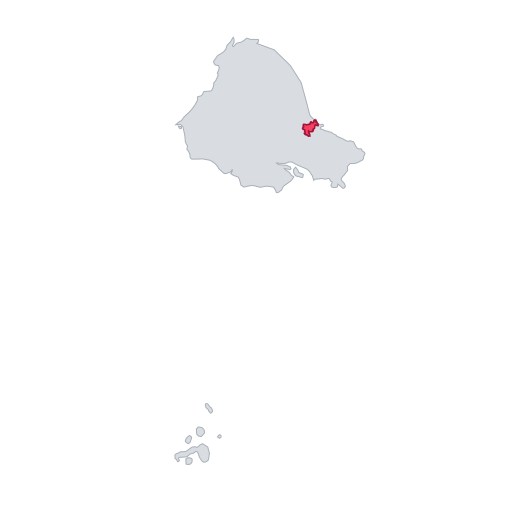 Limon Indanza, Morona Santiago, Ecuador shown in context, rotated 277°
{"feature_id": "8360857B43814367991628", "entity_name": "Limon Indanza", "entity_type": "district", "adm_level": 2, "iso_a3": "ECU", "parent_name": "Ecuador", "parent_adm1": "Morona Santiago", "projection": "robinson", "projection_center": [-78.303, -3.052], "detail": "fine", "context": "in_parent", "style": "filled", "palette": "rose", "viewbox_px": 512, "rotation_deg": 277, "n_neighbors": 0, "source": "geoboundaries", "source_scale": "gbopen_adm2", "svg_char_len": 6860}
<svg xmlns="http://www.w3.org/2000/svg" viewBox="0 0 512 512"><g transform="rotate(277 256 256)"><path d="M470.3,206.7L468.8,207.7L465.3,208.2L462.5,207.1L461.4,207.1L461.2,208.2L464.9,210.9L466.6,215.6L469.2,218.5L470.9,220.0L471.0,221.0L470.5,222.9L470.3,224.5L471.2,231.8L470.6,232.2L468.6,232.2L467.1,230.9L462.8,249.0L449.2,266.9L433.7,279.6L415.8,287.0L402.7,292.1L400.7,294.0L394.2,303.0L394.0,303.9L394.8,305.4L394.9,306.4L393.9,307.0L393.1,307.1L392.8,306.6L392.5,305.6L391.6,304.5L390.6,304.1L390.0,304.4L390.0,305.4L388.6,310.3L388.6,312.6L388.0,313.6L388.0,315.7L386.7,317.7L385.7,320.9L384.6,321.9L383.2,327.0L381.2,332.0L381.1,333.7L381.7,334.9L381.9,335.9L381.1,339.0L376.5,342.1L375.3,343.5L374.8,345.2L375.1,346.6L375.0,347.8L373.5,348.3L372.0,351.1L370.8,351.7L368.0,350.8L365.8,350.8L364.2,349.9L360.9,345.1L359.7,342.2L359.3,338.3L356.1,335.8L351.9,336.5L350.7,335.6L347.6,333.9L345.0,332.0L343.0,331.1L341.5,331.6L338.9,334.7L336.6,336.1L335.5,336.0L334.1,335.1L333.8,334.0L337.4,328.5L334.7,328.4L333.8,327.2L333.7,325.9L333.3,324.4L333.8,322.6L335.2,321.7L337.2,322.4L338.7,322.5L339.6,320.8L341.5,319.5L341.9,318.7L340.9,316.0L340.6,314.6L340.9,313.7L340.8,310.8L340.2,309.7L340.2,308.1L339.7,307.2L339.5,305.2L338.1,304.1L342.4,302.2L344.0,300.8L345.9,299.4L347.6,297.3L348.7,295.3L351.3,286.0L353.7,280.1L353.3,277.3L351.3,273.5L350.8,267.9L351.0,266.2L350.7,264.9L349.4,267.2L349.7,275.5L348.6,279.2L346.9,280.1L345.8,279.4L346.4,273.4L345.2,274.5L343.3,278.6L340.1,281.6L339.9,282.6L339.1,283.9L336.7,282.7L334.8,281.5L328.6,274.7L324.6,273.3L322.2,270.9L321.7,269.9L321.4,268.5L323.9,267.1L326.4,265.2L326.7,261.0L326.6,257.6L324.7,252.0L325.6,244.6L325.1,241.7L322.9,235.5L324.5,232.4L330.2,230.2L332.1,228.7L333.3,223.8L334.6,220.9L337.2,222.1L339.2,221.9L336.5,220.8L334.3,216.4L333.9,214.4L338.1,208.4L340.4,206.8L343.1,203.7L345.4,198.9L345.9,191.3L345.0,185.9L344.3,180.2L345.6,178.7L349.1,177.9L351.9,176.1L353.4,174.4L356.7,174.6L360.6,172.0L366.8,170.7L375.5,167.7L377.4,165.0L376.5,160.3L379.7,163.1L381.2,165.4L385.6,167.9L390.9,172.4L394.3,174.7L398.1,176.8L403.5,179.0L406.9,178.6L408.3,182.0L409.5,183.0L412.7,184.1L413.0,184.6L414.2,190.9L414.9,191.8L417.6,192.8L421.0,193.2L422.3,192.9L425.2,194.7L429.8,196.1L431.4,196.3L432.1,196.0L432.4,195.4L433.7,195.5L435.7,196.3L438.6,196.5L440.3,195.7L440.7,192.2L441.4,191.5L443.4,190.2L444.4,190.4L449.8,193.2L450.9,194.2L452.2,196.1L454.7,199.0L457.4,200.8L461.6,201.6L465.6,204.6L470.3,206.7ZM50.8,202.7L52.4,204.7L53.3,210.1L58.6,215.9L59.3,219.1L58.8,220.6L59.1,221.2L61.6,223.4L63.2,225.8L60.5,231.4L54.6,233.8L48.3,233.7L47.0,233.1L45.3,231.0L45.0,229.1L46.0,227.2L49.2,224.5L54.2,222.0L54.8,220.1L52.8,218.3L51.4,214.6L48.3,212.0L46.7,204.2L45.6,203.8L43.5,204.9L42.4,203.9L42.3,203.4L44.6,201.6L45.0,200.4L48.4,199.8L49.9,200.8L50.8,202.7ZM75.4,226.4L74.1,226.5L70.0,223.6L70.3,220.8L71.9,218.9L77.1,217.9L79.3,219.7L79.2,223.1L77.4,225.5L76.0,226.0L75.4,226.4ZM343.2,291.8L342.7,293.0L340.2,292.9L339.5,292.5L340.1,287.0L340.7,285.3L342.8,283.6L344.5,282.8L346.7,282.9L349.0,284.5L346.3,287.2L344.2,288.0L343.2,291.8ZM46.8,217.2L44.2,217.7L41.9,216.7L41.0,215.1L40.8,212.7L41.0,211.9L45.9,211.1L47.5,213.1L47.5,216.0L46.8,217.2ZM99.5,230.6L96.4,231.8L94.7,230.6L94.5,229.9L96.2,228.1L97.9,227.1L99.4,224.9L102.1,223.7L102.9,224.0L103.4,224.4L103.7,225.1L102.7,226.8L101.1,228.0L99.5,230.6ZM69.1,213.4L67.9,214.3L63.0,213.3L61.4,211.6L62.7,209.2L63.7,208.3L66.7,209.1L69.7,211.8L69.1,213.4ZM73.2,243.3L72.1,243.4L70.6,242.1L71.7,239.8L73.8,241.0L74.3,241.9L73.2,243.3ZM375.2,166.3L373.7,166.5L373.0,165.1L374.8,163.4L375.5,163.1L375.2,166.3Z" fill="#d9dde1" stroke="#a8b0b8" stroke-width="1"/><path d="M381.4,294.2L381.4,294.5L381.2,294.6L381.4,294.6L381.5,294.6L381.6,294.8L381.7,294.7L381.8,294.6L382.0,294.6L382.3,294.7L382.7,294.7L383.0,294.6L383.1,294.4L383.5,294.2L383.8,294.2L384.0,294.0L384.3,293.8L384.3,293.7L384.6,293.3L384.8,293.3L385.2,293.2L385.4,293.1L385.5,293.2L385.6,293.3L385.8,293.4L385.9,293.2L386.0,293.1L385.9,293.1L386.0,293.0L385.9,293.0L386.2,292.9L386.2,293.0L386.2,293.3L386.1,293.6L386.0,293.8L385.9,294.0L385.8,294.3L385.9,294.5L386.1,295.3L386.1,295.5L386.2,295.8L386.3,296.6L386.5,296.7L386.5,296.9L386.5,297.0L386.8,297.1L386.9,297.3L387.0,297.3L387.3,297.4L387.4,297.5L387.5,297.6L387.9,297.6L388.0,297.3L388.1,297.1L388.3,297.2L388.6,297.3L388.8,297.4L388.9,297.5L389.1,297.6L389.3,297.6L389.4,297.8L389.5,298.0L389.5,298.3L389.7,298.5L393.2,298.7L393.2,298.9L393.3,298.9L393.3,299.1L393.3,299.3L393.4,299.5L393.2,299.7L393.2,299.8L393.2,300.0L393.0,300.3L393.0,300.5L393.1,300.8L392.9,300.9L392.9,301.2L393.0,301.4L392.9,301.5L393.0,301.7L393.0,301.8L393.3,301.8L393.6,301.8L393.8,301.8L394.0,301.6L394.3,301.4L394.6,301.2L394.8,301.1L395.0,301.1L395.2,300.8L395.2,300.7L395.3,300.7L395.5,300.5L395.6,300.4L395.8,300.4L396.0,300.3L396.1,300.2L396.3,300.1L396.5,300.0L396.6,299.8L396.7,299.7L396.8,299.5L396.7,299.3L396.6,299.1L396.8,299.1L397.0,299.4L397.4,299.3L397.4,299.2L397.5,299.0L397.6,298.8L397.8,298.7L398.0,298.8L398.0,298.4L398.2,298.2L398.2,297.9L397.9,297.8L397.9,297.6L398.0,297.6L397.9,297.5L397.7,297.6L397.4,297.6L397.4,297.3L397.4,297.1L397.1,297.2L396.9,297.0L396.5,296.8L396.4,296.8L396.1,296.9L395.9,296.9L395.6,296.8L395.5,296.7L395.2,296.5L395.1,296.1L395.1,295.3L395.4,295.3L395.5,295.2L395.8,294.9L395.9,294.6L395.9,294.3L395.7,294.3L395.5,294.1L395.2,294.0L395.2,293.8L395.0,293.7L394.9,293.8L394.7,293.8L394.6,293.7L394.3,293.5L393.9,293.5L393.7,293.6L393.4,293.6L393.3,293.1L393.3,292.9L393.3,292.6L393.2,292.5L393.1,292.4L393.1,292.2L393.0,291.8L392.8,291.7L392.8,291.4L392.7,291.1L392.6,290.9L392.5,290.7L392.4,290.6L392.4,290.3L392.3,290.1L392.3,289.9L392.5,289.7L392.5,289.4L392.6,289.2L392.6,288.9L392.6,288.6L392.6,288.4L392.6,288.1L392.6,287.7L392.6,287.3L392.5,287.2L392.4,287.2L392.2,287.3L392.1,287.2L391.6,287.1L391.6,286.9L391.4,286.9L391.1,287.1L390.9,287.2L390.8,287.3L390.7,287.4L390.3,287.5L390.3,287.3L390.2,287.3L390.2,287.2L389.9,287.0L389.6,287.1L389.4,287.1L389.1,287.1L388.9,286.9L388.8,286.7L388.7,286.7L388.4,286.6L388.2,286.7L387.7,287.0L387.6,287.3L387.6,287.5L387.4,287.6L387.4,287.8L387.3,288.1L387.2,288.3L387.2,288.7L387.0,289.0L386.8,289.2L386.6,289.1L386.3,289.1L386.2,289.2L385.8,289.0L385.7,289.0L385.4,289.2L385.2,289.3L384.9,289.5L384.7,289.7L384.5,289.8L384.4,289.8L384.1,289.7L383.9,289.9L383.8,290.0L383.7,290.0L383.5,289.8L383.5,289.7L383.4,289.8L383.3,290.0L383.1,289.9L382.9,289.9L382.9,289.7L382.8,289.8L382.6,289.9L382.5,290.1L382.6,290.4L382.6,290.6L382.5,290.8L382.4,290.9L382.4,291.2L382.4,291.3L382.5,291.4L382.5,291.5L382.4,291.9L382.3,292.0L382.2,292.1L381.9,292.2L381.8,292.3L381.8,292.6L381.8,292.8L381.7,292.8L381.6,293.0L381.4,293.4L381.3,293.5L381.4,293.9L381.4,294.0L381.4,294.2Z" fill="#f43f5e" stroke="#9f1239" stroke-width="1.5"/></g></svg>